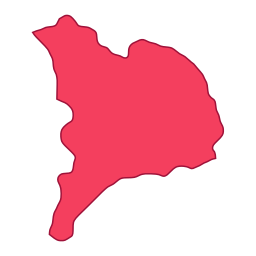 Peralta, Azua, Dominican Republic
{"feature_id": "3306468B32455006078349", "entity_name": "Peralta", "entity_type": "district", "adm_level": 2, "iso_a3": "DOM", "parent_name": "Dominican Republic", "parent_adm1": "Azua", "projection": "albers", "projection_center": [-70.778, 18.591], "detail": "fine", "context": "isolated", "style": "filled", "palette": "rose", "viewbox_px": 256, "rotation_deg": 0, "n_neighbors": 0, "source": "geoboundaries", "source_scale": "gbopen_adm2", "svg_char_len": 3144}
<svg xmlns="http://www.w3.org/2000/svg" viewBox="0 0 256 256"><path d="M215.6,158.4L215.3,154.7L214.9,153.1L214.4,151.7L213.2,150.2L212.6,148.9L212.6,147.4L212.7,146.6L213.5,144.9L214.7,143.4L220.4,137.7L222.2,135.3L223.0,133.5L223.3,131.6L223.3,129.7L223.1,127.9L222.5,126.1L220.6,122.3L220.0,120.6L219.2,116.9L218.7,115.1L216.5,110.4L216.1,108.6L215.4,103.2L215.0,101.5L214.2,100.1L213.7,99.5L211.2,97.7L210.1,96.5L209.1,95.2L208.3,93.6L207.8,90.9L207.2,85.2L206.5,82.6L204.5,78.7L203.4,76.2L202.5,74.5L200.7,72.2L196.8,67.7L193.7,64.0L191.2,62.1L185.2,56.9L183.6,55.9L179.5,53.7L174.1,49.5L172.5,48.5L171.6,48.0L169.8,47.5L167.9,47.2L163.2,46.7L160.5,46.1L155.8,43.9L154.0,43.4L149.5,42.3L147.9,41.6L144.9,40.2L143.2,39.7L141.4,39.7L139.7,40.1L133.5,43.0L132.7,43.4L131.3,44.5L130.2,45.8L129.7,46.6L129.0,48.3L128.7,50.0L128.5,54.3L128.2,55.9L127.8,56.6L127.3,57.2L126.6,57.7L125.9,57.9L125.1,58.0L123.5,57.7L120.0,55.9L118.3,55.4L114.8,54.5L113.1,53.8L111.6,52.9L110.4,51.7L107.9,48.7L107.3,48.1L106.0,47.4L102.0,46.2L101.2,45.8L99.8,44.9L98.6,43.6L98.1,42.9L97.4,41.3L97.0,39.5L96.5,34.2L96.0,32.6L95.5,31.9L95.0,31.3L93.7,30.3L90.1,28.2L88.5,27.5L86.7,27.1L81.3,26.5L79.6,26.1L78.8,25.8L78.1,25.3L77.6,24.8L75.2,21.3L72.7,18.4L70.6,16.5L68.9,15.7L67.0,15.4L65.2,15.6L63.7,16.3L59.4,18.8L56.9,23.8L55.9,25.1L55.2,25.6L54.3,26.0L52.5,26.5L47.7,27.1L45.7,27.5L41.0,29.6L36.5,30.9L32.7,32.4L34.4,34.9L36.4,37.2L44.9,45.9L47.5,48.9L48.6,50.6L50.1,53.9L51.7,57.0L52.4,58.6L53.0,61.3L53.4,66.1L53.9,68.9L54.5,70.5L56.3,74.5L56.9,77.4L57.2,80.4L57.2,84.5L56.9,99.1L61.4,101.2L64.8,102.6L67.1,104.0L69.1,105.8L71.0,107.9L72.0,109.4L72.7,111.1L73.1,113.0L73.2,115.8L72.9,118.5L72.3,120.1L71.8,120.8L71.2,121.4L67.8,123.5L65.8,125.1L63.8,127.0L62.7,128.4L61.8,129.9L61.2,131.8L60.9,133.7L60.9,136.6L61.1,138.5L61.5,140.4L61.8,141.3L62.7,142.9L63.9,144.4L65.2,145.8L71.5,151.9L73.4,153.9L74.5,155.3L74.9,156.0L75.2,156.8L75.3,157.6L75.3,158.4L73.9,162.9L73.2,168.2L72.8,169.9L72.1,171.4L71.6,172.0L70.9,172.5L69.2,173.1L63.5,173.6L61.6,174.0L60.9,174.4L59.5,175.4L58.5,176.8L58.1,177.6L57.8,179.3L58.0,181.1L58.6,182.6L60.0,185.6L60.8,188.5L61.0,190.5L61.2,193.6L61.0,197.8L60.6,199.8L59.9,201.5L57.9,205.3L56.4,208.7L54.8,211.7L54.1,213.3L53.4,216.3L52.8,221.4L52.5,223.4L51.9,225.2L50.5,228.3L49.9,230.0L49.6,231.8L49.4,234.4L54.3,238.2L56.6,239.6L58.3,240.3L60.2,240.6L63.0,240.6L64.9,240.2L67.2,239.0L71.3,236.4L71.9,235.8L72.3,235.1L72.8,233.4L73.0,230.8L73.1,225.1L73.5,222.2L74.2,220.5L75.9,218.1L78.6,215.2L88.7,205.3L102.2,191.8L105.1,189.1L106.6,187.8L108.1,186.7L113.0,184.2L114.4,183.2L118.6,179.8L120.1,178.9L120.9,178.5L122.7,178.0L124.6,177.8L131.4,177.6L134.2,177.3L136.0,176.8L136.8,176.5L140.7,174.7L142.5,174.2L145.3,173.8L151.3,173.8L156.1,174.1L158.9,174.6L162.5,176.0L163.3,176.1L164.0,176.2L164.8,176.0L165.6,175.7L167.1,174.8L168.4,173.6L173.3,168.9L174.8,167.8L176.4,166.9L177.3,166.6L179.4,166.2L181.5,166.1L183.5,166.2L186.5,166.7L188.1,167.2L190.1,168.1L191.2,168.5L191.8,168.5L193.0,168.4L199.5,165.6L204.0,163.0L207.4,161.6L211.2,159.6L212.9,159.0L215.6,158.4Z" fill="#f43f5e" stroke="#9f1239" stroke-width="1.5"/></svg>